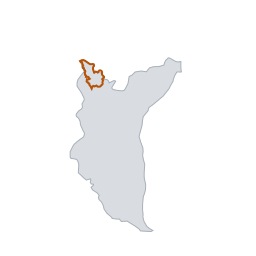 where Ștefan Vodă sits in Moldova, rotated 213°
{"feature_id": "MDA-1651", "entity_name": "Ștefan Vodă", "entity_type": "District", "adm_level": 1, "iso_a3": "MDA", "parent_name": "Moldova", "parent_adm1": "", "projection": "natural_earth1", "projection_center": [29.727, 46.532], "detail": "fine", "context": "in_parent", "style": "outline", "palette": "amber", "viewbox_px": 256, "rotation_deg": 213, "n_neighbors": 0, "source": "natural_earth", "source_scale": "10m", "svg_char_len": 3259}
<svg xmlns="http://www.w3.org/2000/svg" viewBox="0 0 256 256"><g transform="rotate(213 128 128)"><path d="M51.3,55.6L52.3,53.7L61.4,48.5L63.7,49.3L68.4,49.6L78.0,49.4L82.7,46.0L85.6,46.9L88.0,45.4L92.0,43.5L92.6,43.9L93.1,44.2L99.2,45.0L103.8,46.9L106.8,49.7L110.0,51.5L113.3,52.2L115.1,53.6L115.4,55.7L118.5,56.8L124.2,56.8L126.7,58.2L125.8,61.0L126.4,62.0L128.4,61.0L130.0,61.9L130.8,64.0L131.7,65.0L134.6,61.7L137.7,62.0L145.3,63.4L149.2,70.3L151.7,72.7L153.9,73.7L156.7,72.7L159.2,71.4L160.6,72.0L163.6,76.6L164.3,82.5L164.3,85.0L163.2,89.0L161.6,93.4L160.4,96.2L160.9,98.4L162.0,100.3L163.8,101.0L169.6,104.8L171.8,107.5L174.9,109.4L177.4,109.5L178.6,110.6L179.0,112.0L178.7,115.4L177.4,118.6L177.5,120.7L179.7,123.1L179.9,125.9L180.0,127.8L181.2,129.2L186.5,132.3L193.5,135.3L195.2,137.9L196.3,141.2L196.0,146.7L195.5,151.5L204.6,158.0L203.6,159.2L202.2,160.5L193.5,161.5L191.7,162.1L187.9,157.2L186.0,156.6L184.1,158.4L181.9,159.4L179.3,158.9L176.4,157.4L175.0,156.3L173.9,156.2L172.1,157.2L169.8,156.8L168.3,155.6L166.0,159.7L164.7,160.6L163.8,160.5L163.7,153.4L163.0,152.4L161.3,152.2L157.0,153.9L153.0,156.0L151.6,157.9L151.8,161.4L152.3,165.5L155.1,171.8L153.5,174.5L152.5,178.9L148.1,182.9L143.2,185.2L142.8,190.0L140.0,193.3L135.4,196.5L132.2,200.4L133.0,203.1L133.2,205.7L132.6,207.4L132.5,208.7L131.3,209.3L124.1,209.8L122.1,210.6L119.8,212.5L117.6,209.0L115.4,205.9L113.8,204.2L114.5,203.4L116.3,202.5L117.5,201.5L117.4,197.8L116.5,193.5L115.6,191.5L115.6,188.3L115.0,183.2L115.9,173.9L119.5,162.2L121.6,156.4L120.6,153.3L121.4,145.8L119.9,142.2L117.5,137.4L114.2,127.0L109.9,123.3L104.7,119.4L102.4,116.4L100.9,113.1L97.8,109.8L94.3,106.8L90.0,99.2L87.8,95.8L87.1,94.9L82.3,90.1L79.7,85.7L78.5,82.1L77.8,78.8L74.4,72.3L71.3,67.4L68.4,63.9L67.0,61.4L63.6,58.3L58.7,55.8L55.5,55.4L51.3,55.6Z" fill="#d9dde1" stroke="#a8b0b8" stroke-width="1"/><path d="M194.4,150.7L194.5,152.0L195.2,152.7L197.1,153.4L197.2,153.5L197.4,154.0L197.6,154.2L197.8,154.1L198.4,153.8L198.6,153.8L199.0,154.0L199.3,154.4L199.8,155.3L199.5,155.8L201.5,157.2L202.3,158.0L202.7,157.7L203.4,157.6L204.1,157.7L204.7,158.0L203.6,159.8L202.4,160.7L200.5,161.0L195.3,160.8L194.6,160.9L193.8,161.3L192.2,162.6L191.3,162.7L190.4,161.8L190.3,161.5L190.4,160.4L190.3,159.9L190.1,159.4L189.2,158.1L186.8,156.2L186.3,155.3L186.3,156.9L185.8,157.7L184.9,158.0L183.6,158.0L183.4,158.4L183.6,159.8L183.3,160.7L182.7,161.2L181.9,161.4L181.2,161.4L180.5,161.0L179.9,160.3L179.3,159.1L178.7,158.6L178.1,158.4L176.7,158.1L176.0,157.9L175.7,157.5L175.7,157.1L175.8,156.6L176.0,156.2L176.2,155.8L176.3,155.4L176.2,155.1L176.0,154.7L175.0,154.6L174.9,154.6L174.8,153.9L174.4,152.5L173.4,151.4L173.2,150.4L173.7,149.4L173.7,148.6L173.8,147.8L174.9,146.8L176.1,146.1L176.9,146.3L177.6,146.4L178.2,145.5L178.7,144.6L179.4,144.6L180.1,144.4L180.3,142.8L179.9,141.2L181.0,141.8L182.0,142.6L183.5,142.9L184.2,143.8L185.0,143.8L185.4,143.9L185.5,143.9L185.6,144.0L185.8,144.5L186.1,144.5L186.6,144.3L186.9,144.2L187.8,144.4L187.8,144.5L188.2,144.8L189.0,146.5L188.4,146.7L187.7,147.1L187.2,147.7L186.9,148.4L187.5,148.5L189.0,149.2L189.5,149.1L191.1,148.0L191.4,148.7L191.8,149.1L192.4,149.2L193.0,149.2L193.1,149.4L194.0,150.5L194.4,150.7Z" fill="none" stroke="#b45309" stroke-width="2"/></g></svg>